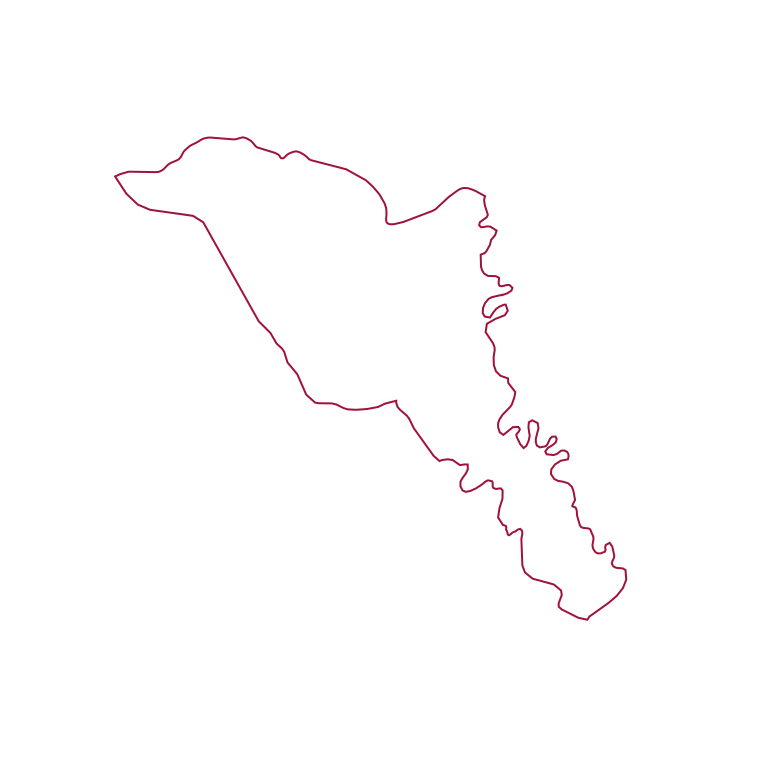 SVG path tracing the border of Chernivtsi, rotated 67°
{"feature_id": "UKR-288", "entity_name": "Chernivtsi", "entity_type": "Region", "adm_level": 1, "iso_a3": "UKR", "parent_name": "Ukraine", "parent_adm1": "", "projection": "mercator", "projection_center": [26.206, 48.196], "detail": "fine", "context": "isolated", "style": "outline", "palette": "rose", "viewbox_px": 768, "rotation_deg": 67, "n_neighbors": 0, "source": "natural_earth", "source_scale": "10m", "svg_char_len": 4289}
<svg xmlns="http://www.w3.org/2000/svg" viewBox="0 0 768 768"><g transform="rotate(67 384 384)"><path d="M476.6,363.0L469.5,366.4L440.5,372.9L436.7,373.8L425.8,374.4L421.9,375.4L414.3,379.2L410.4,380.5L406.1,380.1L404.2,379.3L402.5,390.7L402.8,398.5L400.4,409.4L396.7,420.1L393.1,427.4L390.3,430.7L384.3,435.8L381.5,439.5L376.4,451.2L374.2,454.7L363.3,459.8L358.0,459.8L341.1,460.0L326.5,464.4L315.5,463.3L311.6,464.0L304.7,467.1L292.6,468.6L277.4,474.8L164.5,487.2L154.6,494.1L132.3,531.2L122.7,540.5L108.2,546.8L91.0,549.9L87.9,550.4L87.8,546.2L87.8,544.5L88.7,536.7L89.0,535.6L99.8,511.3L100.7,508.5L100.7,507.1L100.7,505.8L100.5,504.4L100.2,503.2L99.8,502.1L98.0,497.8L97.4,495.5L97.2,494.2L97.2,486.9L97.0,485.6L96.7,484.4L96.2,483.4L95.7,482.4L92.2,478.1L91.6,477.1L91.1,476.1L89.2,470.4L88.8,467.9L88.5,462.3L87.6,455.9L87.6,454.5L87.7,453.4L88.3,450.3L89.2,447.7L99.5,428.0L100.7,425.2L101.5,419.2L101.7,417.8L102.7,416.2L104.4,414.3L108.2,411.5L110.6,410.5L114.9,409.3L115.9,408.8L116.8,408.1L128.7,394.0L131.1,392.0L133.1,391.0L134.5,390.9L135.8,390.6L136.5,389.7L136.8,388.1L136.4,386.9L135.5,384.6L135.1,383.5L134.9,382.3L134.7,380.9L134.8,378.0L134.9,376.5L135.2,375.1L135.6,373.9L136.6,372.4L138.2,370.7L141.6,368.1L144.9,366.3L147.5,365.3L149.4,363.8L171.6,334.9L189.3,321.1L197.8,317.2L207.2,314.2L217.6,312.9L222.3,313.2L225.0,313.9L229.7,315.8L231.9,317.1L234.0,318.0L235.2,318.3L236.6,318.3L237.8,317.7L238.9,316.7L240.0,314.6L240.9,311.8L242.4,302.9L243.6,272.0L243.3,268.3L237.2,251.5L234.8,241.6L234.2,237.5L234.4,236.0L234.7,234.1L236.0,231.3L237.0,229.7L239.2,227.1L242.0,224.4L250.6,217.6L253.5,219.9L258.7,221.3L268.8,222.3L270.6,224.2L272.5,232.5L275.1,234.4L277.6,233.4L278.5,230.9L279.1,227.8L280.6,224.7L286.8,220.4L290.4,223.5L293.2,229.1L297.2,232.0L302.0,238.2L302.9,240.4L302.7,243.5L302.8,244.5L314.0,248.9L317.8,249.3L321.5,248.7L325.2,246.0L328.3,239.1L331.1,236.6L336.7,239.4L338.9,239.2L340.1,237.3L341.0,231.6L342.1,229.7L345.7,228.2L347.8,230.2L348.7,234.9L348.3,241.5L348.3,239.2L346.2,250.7L346.5,254.6L349.1,259.5L352.7,263.1L357.2,265.4L361.3,264.9L364.2,260.5L360.6,255.0L358.7,251.4L357.9,247.5L357.9,242.5L358.5,240.9L365.0,241.5L367.9,246.0L367.6,255.9L368.8,265.8L376.0,270.2L389.3,267.7L393.4,267.9L396.3,269.0L402.1,272.6L409.5,275.5L416.1,276.0L421.9,273.6L427.3,267.7L431.6,269.2L442.7,266.3L446.9,269.0L452.9,274.4L454.5,277.1L458.6,286.8L461.6,291.4L464.7,294.3L468.6,295.9L473.8,296.3L477.5,294.0L474.1,282.2L476.0,277.1L478.7,276.6L480.4,278.4L481.5,280.7L482.5,282.1L484.9,282.5L492.6,282.1L497.5,280.6L496.6,277.1L492.8,273.1L488.8,270.2L480.1,267.9L475.8,265.6L475.3,261.8L480.0,257.8L485.1,259.1L493.5,265.5L496.9,267.0L500.5,267.3L503.3,265.2L504.5,259.5L503.5,257.3L499.2,252.5L498.2,249.9L499.4,246.6L502.1,246.5L504.8,248.6L506.0,252.2L506.9,258.1L509.1,261.9L512.2,261.8L515.6,255.8L516.0,252.3L514.6,247.0L515.6,244.1L517.9,242.0L520.3,241.6L522.8,242.4L525.2,244.1L523.7,251.3L524.9,258.2L528.0,263.4L532.1,265.5L538.0,264.4L541.3,261.5L543.7,257.6L547.2,253.4L551.9,251.2L556.9,251.5L565.3,253.4L568.5,257.1L569.9,258.4L570.9,257.8L571.8,256.5L573.2,255.8L576.0,256.1L580.6,257.7L590.6,258.9L592.8,258.4L594.3,256.8L597.0,252.0L598.3,251.0L606.3,251.0L608.7,251.8L613.8,255.1L616.6,255.8L619.2,255.6L621.5,255.0L623.3,253.6L624.5,251.0L624.7,246.2L623.3,244.8L621.0,244.4L618.8,242.8L618.4,238.3L623.1,237.4L632.3,239.2L634.6,241.0L636.4,243.1L638.6,244.5L641.6,244.1L643.9,242.1L647.1,236.2L649.7,234.4L658.8,237.5L665.3,243.9L670.0,252.6L673.3,263.1L678.3,285.7L680.4,289.0L675.2,296.4L661.2,308.3L657.4,310.2L654.2,309.0L647.7,302.8L643.2,301.7L634.9,306.0L622.5,321.7L621.2,323.3L612.5,327.9L605.0,327.5L580.3,318.1L575.6,315.0L573.1,314.3L570.6,315.2L570.3,317.7L571.0,320.7L570.9,323.0L571.1,324.3L571.8,326.3L572.1,328.0L570.9,328.9L568.1,328.3L565.6,328.5L564.0,327.5L562.3,327.3L560.1,329.6L551.4,331.1L543.5,326.3L536.0,319.8L528.3,316.4L525.8,317.2L525.0,319.4L524.4,321.9L522.4,324.0L520.8,324.0L517.0,322.4L515.7,322.6L513.3,325.9L513.5,329.0L514.8,333.2L516.0,339.9L516.2,346.4L515.2,350.9L512.6,353.3L508.0,353.6L503.7,351.7L500.9,348.0L498.4,343.7L495.3,340.2L490.8,338.4L489.5,341.3L488.3,345.8L480.7,350.6L478.2,354.8L476.7,360.2L476.6,363.0Z" fill="none" stroke="#9f1239" stroke-width="2"/></g></svg>